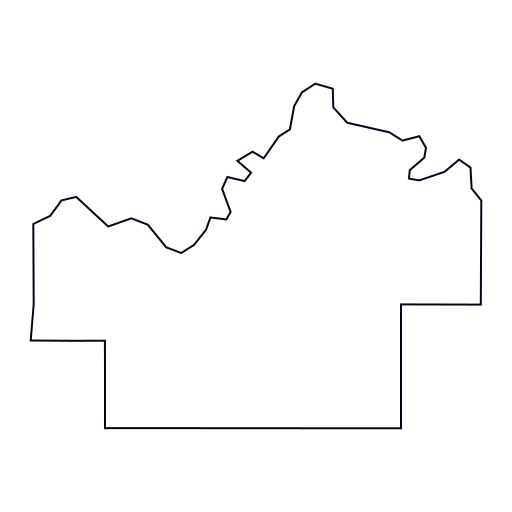 Haskell, Oklahoma, United States of America
{"feature_id": "52423323B35994808569897", "entity_name": "Haskell", "entity_type": "district", "adm_level": 2, "iso_a3": "USA", "parent_name": "United States of America", "parent_adm1": "Oklahoma", "projection": "mercator", "projection_center": [-95.116, 35.259], "detail": "fine", "context": "isolated", "style": "outline", "palette": "ink", "viewbox_px": 512, "rotation_deg": 0, "n_neighbors": 0, "source": "geoboundaries", "source_scale": "gbopen_adm2", "svg_char_len": 741}
<svg xmlns="http://www.w3.org/2000/svg" viewBox="0 0 512 512"><path d="M401.0,428.3L401.0,304.4L480.8,304.6L481.3,200.5L471.6,188.4L470.5,167.6L459.1,159.6L444.6,171.8L419.2,180.4L408.9,178.6L409.8,170.1L424.3,157.6L426.0,147.9L419.3,136.2L402.5,140.6L389.3,132.3L347.3,122.8L333.3,107.4L332.8,88.7L315.3,83.7L302.0,92.3L294.2,106.0L289.9,129.4L278.8,136.5L263.7,158.3L252.5,151.7L237.4,160.8L251.1,172.7L244.6,181.1L227.4,177.0L222.1,188.8L230.6,211.9L226.4,219.4L210.4,217.5L206.1,229.7L194.0,244.9L181.2,253.0L166.2,247.3L147.8,224.7L131.3,218.3L108.2,226.5L76.2,196.9L61.5,200.4L50.3,215.8L33.3,224.0L33.7,304.2L30.7,340.5L73.8,340.8L104.9,340.7L105.0,370.2L105.0,428.1L401.0,428.3Z" fill="none" stroke="#020617" stroke-width="2"/></svg>